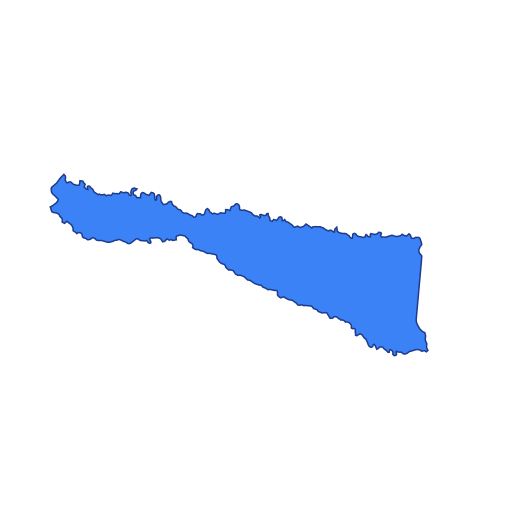 Caçu, Goiás, Brazil (Robinson projection), rotated 147°
{"feature_id": "56859067B96243703619067", "entity_name": "Caçu", "entity_type": "district", "adm_level": 2, "iso_a3": "BRA", "parent_name": "Brazil", "parent_adm1": "Goiás", "projection": "robinson", "projection_center": [-51.053, -18.733], "detail": "fine", "context": "isolated", "style": "filled", "palette": "blue", "viewbox_px": 512, "rotation_deg": 147, "n_neighbors": 0, "source": "geoboundaries", "source_scale": "gbopen_adm2", "svg_char_len": 6142}
<svg xmlns="http://www.w3.org/2000/svg" viewBox="0 0 512 512"><g transform="rotate(147 256 256)"><path d="M401.9,409.2L402.0,408.0L402.9,405.6L403.1,404.2L402.0,402.6L400.3,401.1L399.5,400.1L398.5,398.3L398.9,395.7L398.2,392.9L400.1,389.8L398.7,387.6L395.8,388.2L394.0,383.1L393.8,381.6L394.1,380.3L394.3,378.5L395.1,377.8L395.6,376.8L394.2,373.6L394.1,372.4L392.5,372.5L390.8,371.4L390.2,370.3L390.2,368.9L391.1,366.3L390.6,365.0L389.8,364.3L389.0,363.1L388.4,361.4L386.8,360.5L385.6,360.3L382.8,360.3L382.1,359.3L381.6,358.2L381.2,356.4L380.4,355.4L376.6,352.7L373.6,349.0L371.6,347.4L368.4,346.3L365.5,345.9L364.0,345.0L362.7,344.8L361.6,344.3L360.8,343.2L359.0,340.2L357.8,338.9L356.8,336.5L355.9,335.6L354.8,335.1L351.4,335.2L347.6,335.6L345.9,335.1L345.1,333.0L344.2,331.6L342.6,330.5L340.8,329.0L339.4,328.6L339.1,326.1L338.5,324.7L337.2,324.3L336.4,325.2L336.0,328.2L334.3,328.4L332.8,327.2L331.5,326.6L328.5,324.9L327.1,323.3L326.5,321.8L326.6,318.8L324.7,318.0L321.4,318.8L320.0,316.4L318.3,316.1L317.4,314.4L316.2,313.9L314.0,313.0L312.7,315.5L311.4,315.9L307.8,314.7L304.6,311.3L304.4,309.9L303.8,307.7L304.4,304.7L304.1,303.6L303.1,301.7L302.9,299.9L303.3,298.7L304.6,297.6L303.6,295.2L303.0,294.3L302.2,293.6L300.9,292.9L299.6,290.6L298.5,289.6L297.6,288.6L295.5,284.8L293.1,283.2L291.7,281.6L290.1,280.2L288.8,278.7L289.1,276.7L290.0,275.5L290.0,272.6L289.8,270.6L289.3,269.1L288.4,267.6L287.2,266.3L287.0,264.5L287.5,262.8L286.6,259.2L284.1,257.4L283.1,256.2L283.0,252.0L281.8,249.7L279.9,248.6L278.0,246.4L277.1,244.7L276.1,240.5L274.2,238.7L272.1,233.6L269.3,230.0L267.6,228.8L267.1,225.9L265.6,224.0L264.3,221.2L262.4,220.3L259.5,217.3L257.4,215.8L257.5,214.1L259.2,211.7L259.0,209.5L258.0,207.4L254.9,206.7L254.2,204.7L252.3,201.5L249.6,199.0L247.8,194.3L247.7,192.4L246.6,191.1L244.2,190.1L242.7,188.1L241.7,187.8L236.6,183.6L236.3,180.4L234.0,177.8L234.1,175.7L231.6,172.2L228.8,170.8L227.6,169.6L227.8,163.4L225.7,162.2L223.3,162.5L221.5,161.1L220.8,158.4L219.9,157.3L219.8,156.1L218.7,155.6L217.2,153.8L217.0,151.8L215.6,151.3L214.3,149.5L213.7,147.1L213.9,145.6L215.2,143.8L214.8,142.6L212.9,141.6L212.7,140.2L214.3,138.1L214.7,136.7L215.7,135.3L214.8,134.2L212.3,134.2L210.8,133.8L210.0,132.2L209.8,128.0L209.1,126.7L209.6,122.8L210.2,120.4L210.2,118.2L209.3,116.7L207.4,116.5L206.2,117.7L205.0,117.5L204.8,115.9L205.1,114.4L205.5,112.0L204.1,111.9L201.3,112.2L199.5,110.8L199.0,107.9L198.2,106.1L197.7,103.3L196.7,102.7L195.7,103.9L194.4,104.4L193.6,102.9L193.3,101.2L194.8,99.0L194.4,97.2L192.8,96.5L191.5,97.1L191.0,98.9L190.1,99.6L189.4,98.4L188.3,97.4L186.4,96.1L185.9,94.0L184.5,92.6L182.3,92.1L179.0,92.3L177.3,91.6L172.8,90.4L170.0,88.4L168.9,85.9L167.2,85.3L166.0,84.6L165.4,82.9L163.2,83.2L163.0,85.5L162.3,87.2L160.6,89.3L159.9,93.0L158.9,94.7L157.4,96.4L156.6,98.2L156.2,99.8L157.5,102.0L158.3,105.1L158.2,109.0L157.6,112.9L156.4,115.3L119.9,161.8L117.0,165.7L117.0,167.1L117.4,169.3L117.0,170.7L116.2,172.5L113.2,174.4L110.8,175.3L109.9,177.5L108.9,181.6L109.5,183.0L112.2,184.8L114.1,184.7L116.0,186.5L115.1,189.4L115.6,191.3L117.7,190.9L119.1,190.9L120.9,192.9L121.5,194.6L123.7,194.3L126.9,195.4L128.1,196.2L130.7,199.4L137.0,201.2L140.5,203.7L140.3,205.4L138.5,206.6L138.6,207.7L140.2,209.1L141.9,208.6L143.9,209.0L145.0,209.7L147.4,212.2L148.5,211.8L149.5,210.0L151.4,210.9L151.5,212.7L152.0,214.1L152.9,213.7L153.7,212.7L155.7,213.0L159.2,216.4L160.3,218.2L160.3,220.2L161.1,221.4L162.9,221.6L165.4,218.5L166.4,218.9L166.9,220.3L166.9,222.1L167.6,223.8L168.1,225.3L169.4,226.7L171.0,227.6L173.2,229.8L173.8,231.0L174.3,232.4L172.6,236.2L175.2,235.6L177.3,233.4L178.4,235.0L178.8,236.5L180.1,237.5L181.5,237.4L182.5,238.9L183.6,240.9L184.4,243.3L185.6,244.3L186.2,245.7L187.7,246.4L189.4,247.8L192.6,249.5L193.9,249.1L196.6,255.6L200.0,254.9L202.5,255.6L203.7,256.0L204.7,258.3L207.9,259.2L208.7,259.9L208.7,262.0L209.6,264.2L210.7,267.0L212.1,268.5L212.1,271.0L213.6,270.7L214.7,271.2L213.3,274.3L214.2,275.6L215.5,276.0L218.3,274.9L219.4,274.6L220.5,276.3L221.4,277.0L223.6,276.2L224.9,278.2L224.3,279.2L223.7,280.8L223.7,282.9L222.7,285.1L224.0,285.6L225.4,284.7L226.5,285.1L227.3,285.6L229.2,288.2L230.5,288.4L231.0,286.3L232.1,285.8L233.0,288.5L234.0,289.5L235.1,290.1L235.7,291.7L236.2,292.6L236.2,294.6L237.4,296.5L240.8,301.0L242.2,301.5L244.3,303.3L243.9,305.1L243.1,306.0L242.6,307.9L243.0,309.6L244.1,310.6L245.6,310.6L247.0,309.9L249.7,310.7L250.9,310.1L253.0,308.3L254.7,310.5L256.2,311.4L257.7,309.4L258.7,308.7L262.4,311.6L265.5,311.8L267.8,314.7L269.5,315.0L270.8,318.6L270.3,320.5L271.0,322.3L272.8,322.1L274.2,321.2L275.6,319.8L277.4,319.0L279.3,320.0L279.6,321.6L280.8,322.4L281.9,323.5L283.6,322.9L285.0,321.9L286.0,321.8L287.2,322.7L287.5,324.5L289.2,326.7L290.3,329.2L292.9,331.1L293.8,332.1L294.1,333.3L294.0,334.6L294.4,336.1L295.9,337.4L296.5,341.2L297.8,342.9L297.9,346.0L297.2,347.7L298.1,348.5L300.3,348.9L301.9,348.2L305.5,349.4L305.8,350.8L305.7,354.0L303.9,357.4L303.6,358.8L303.8,360.0L304.7,360.5L306.1,360.5L307.2,359.9L307.9,358.5L309.0,357.3L310.0,357.5L309.6,359.4L308.9,360.3L307.5,363.6L307.8,364.8L309.2,366.4L312.6,365.2L314.5,367.3L315.6,369.9L316.5,371.0L317.6,371.1L318.9,370.7L319.9,369.4L321.0,367.8L324.2,369.9L324.1,371.1L324.1,372.3L325.3,374.3L324.4,376.3L323.3,377.0L320.9,376.6L319.3,377.1L321.2,379.4L322.2,379.7L323.9,379.7L326.3,377.7L327.3,375.2L328.5,375.2L329.2,376.5L328.7,377.8L329.3,379.1L330.6,380.5L332.3,380.9L334.6,383.6L336.7,382.7L340.5,385.3L341.9,386.7L343.5,385.9L344.7,385.8L345.6,386.7L346.9,387.7L348.9,388.2L349.5,390.2L351.6,391.0L352.8,391.8L353.7,393.3L355.0,393.4L355.6,395.0L356.8,397.3L356.8,399.2L356.6,401.0L357.3,402.9L357.5,405.1L358.7,406.2L359.8,405.9L360.8,403.4L362.1,405.1L362.3,407.7L360.2,409.2L360.5,410.8L360.5,413.2L362.7,415.0L364.1,413.2L365.7,411.7L367.9,413.0L369.8,415.3L370.5,416.5L370.7,418.3L371.4,419.3L372.7,420.0L374.5,420.1L374.9,421.2L374.7,423.6L373.1,425.3L372.3,427.0L372.7,429.1L377.9,427.9L383.6,425.7L390.0,424.9L391.2,424.0L392.8,420.7L392.6,418.4L392.0,416.4L391.0,411.3L392.3,410.1L394.7,409.3L398.9,409.0L401.9,409.2Z" fill="#3b82f6" stroke="#1e3a8a" stroke-width="1.5"/></g></svg>